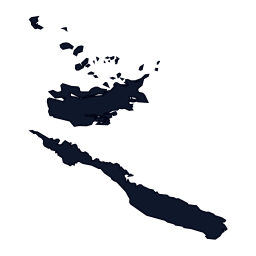 outline of Maluku Tenggara, Maluku, Indonesia, rotated 94°
{"feature_id": "22746128B6545713511337", "entity_name": "Maluku Tenggara", "entity_type": "district", "adm_level": 2, "iso_a3": "IDN", "parent_name": "Indonesia", "parent_adm1": "Maluku", "projection": "mercator", "projection_center": [132.834, -5.655], "detail": "fine", "context": "isolated", "style": "filled", "palette": "ink", "viewbox_px": 256, "rotation_deg": 94, "n_neighbors": 0, "source": "geoboundaries", "source_scale": "gbopen_adm2", "svg_char_len": 5919}
<svg xmlns="http://www.w3.org/2000/svg" viewBox="0 0 256 256"><g transform="rotate(94 128 128)"><path d="M222.6,26.6L223.1,23.7L221.9,22.4L218.1,25.1L216.4,28.0L215.4,28.0L214.6,25.1L213.3,24.4L211.1,28.6L209.6,35.2L208.2,36.7L206.5,41.7L206.8,44.1L205.8,48.4L204.9,50.5L201.0,54.3L200.6,62.5L199.0,64.0L195.2,72.9L195.6,75.3L194.6,77.1L194.3,81.8L192.5,84.4L192.3,91.6L191.8,93.2L190.0,94.6L190.9,96.4L188.2,98.9L187.9,102.2L185.5,108.8L184.1,110.5L183.9,112.4L186.1,115.8L183.4,116.6L182.8,117.6L183.1,121.3L181.7,124.3L181.8,126.3L180.4,127.1L179.0,126.8L176.7,128.7L174.7,128.7L173.6,126.1L174.4,124.4L174.1,123.8L170.4,127.2L170.7,128.9L167.5,132.2L168.4,133.4L165.5,134.4L164.2,136.9L165.6,140.1L163.8,143.6L164.5,144.5L164.0,146.9L164.9,147.4L163.6,149.9L164.2,152.1L163.2,154.7L161.4,155.3L161.0,157.5L163.1,159.8L163.1,161.9L159.7,162.9L158.2,165.3L156.4,166.4L155.0,168.9L156.0,171.2L155.1,173.6L152.5,175.4L152.6,176.8L149.0,178.2L148.1,179.4L149.2,182.7L150.7,183.9L149.6,184.9L149.2,183.9L148.1,184.5L146.6,183.5L147.7,185.2L145.3,189.8L147.6,191.9L149.1,192.0L148.8,192.7L149.9,194.4L149.5,196.5L148.9,197.5L145.4,195.7L144.2,196.7L144.4,198.8L145.5,199.5L145.2,202.5L143.9,202.9L144.6,205.9L138.4,218.3L138.4,220.8L137.3,223.2L137.7,225.1L139.9,221.3L139.6,219.3L142.5,216.2L143.7,213.4L146.4,211.0L149.3,211.2L151.5,210.1L153.5,205.9L153.2,204.1L154.9,202.9L155.4,199.4L156.5,197.8L157.5,198.2L157.4,196.1L159.7,195.8L162.2,191.1L166.4,190.0L167.4,188.5L168.4,185.0L167.9,184.2L169.0,184.1L169.5,183.0L167.9,180.9L168.5,179.2L166.6,179.1L166.2,176.8L165.0,176.5L164.5,174.5L166.3,170.4L167.4,161.6L170.2,154.3L170.1,152.3L174.2,148.3L178.8,140.5L179.7,140.7L181.2,138.5L182.4,135.2L191.2,125.7L198.6,120.9L202.0,120.9L203.5,119.9L213.5,103.3L217.3,84.4L218.8,82.1L220.2,75.1L221.3,74.0L221.9,66.4L223.2,65.2L223.7,58.1L226.5,45.5L229.4,41.8L230.0,41.3L230.7,42.7L232.3,41.1L232.6,33.3L229.2,29.0L225.5,26.9L224.6,25.3L222.6,26.6ZM100.9,120.1L100.9,110.1L94.1,113.9L92.5,115.8L91.9,120.0L89.6,121.2L87.6,120.8L84.2,117.2L77.6,116.0L74.9,111.7L73.3,111.3L74.0,114.5L77.8,117.9L80.0,122.6L80.6,121.1L81.5,123.0L81.6,123.8L80.5,123.1L81.0,128.3L79.8,131.7L80.2,133.5L81.5,133.0L82.8,134.3L84.4,131.7L85.7,134.2L85.7,132.1L86.6,133.5L86.5,135.3L85.3,134.0L85.5,138.7L83.8,142.2L84.0,143.7L86.0,145.1L87.1,144.0L91.9,147.8L92.7,147.3L92.1,148.3L92.6,150.6L97.7,156.0L99.6,168.9L102.6,176.9L101.0,182.4L100.7,187.5L97.3,188.3L96.8,187.0L100.8,177.9L100.7,174.7L98.4,170.3L98.3,166.2L95.6,159.6L95.7,154.5L91.4,152.5L91.1,157.5L89.6,161.2L89.8,163.6L91.8,167.2L95.0,169.5L95.5,177.1L94.7,178.9L91.8,179.5L90.7,180.8L90.7,187.3L88.6,196.1L90.3,197.7L95.3,196.3L97.0,198.0L97.6,201.3L95.9,205.6L97.4,209.1L102.9,202.6L101.9,197.5L102.1,193.4L103.0,194.5L103.8,192.9L106.4,194.3L103.8,208.5L104.9,210.0L107.4,210.1L112.0,208.8L113.7,207.5L117.2,208.2L120.9,206.5L120.8,203.6L122.2,202.5L124.9,186.4L129.8,181.7L129.7,180.7L128.8,177.4L128.4,169.2L126.7,164.7L123.8,163.5L122.8,161.2L120.4,161.8L118.6,164.3L119.3,169.1L118.6,171.6L117.9,171.7L117.0,161.1L117.8,161.3L118.5,163.5L120.0,162.2L117.9,158.6L117.8,156.6L118.6,154.8L118.1,152.0L119.7,148.1L118.2,145.3L114.6,145.5L116.1,153.0L115.5,153.3L114.2,149.4L111.1,144.4L110.6,139.7L108.6,138.1L109.1,135.9L108.4,132.7L110.1,128.2L109.5,124.8L108.0,125.9L106.3,125.2L106.2,126.1L104.3,125.2L104.6,126.8L105.2,126.8L103.4,129.4L100.1,128.3L97.2,129.1L96.3,128.4L96.6,123.5L98.1,120.6L99.6,121.1L99.0,126.2L98.1,126.7L101.2,127.2L101.5,124.6L100.4,121.0L99.9,121.4L100.9,120.1ZM35.2,222.0L33.9,220.4L32.0,224.1L32.5,227.4L31.3,227.2L30.0,228.9L30.0,228.1L27.4,225.5L25.0,226.6L23.4,225.6L24.8,231.9L26.7,233.6L28.8,231.7L31.5,231.2L35.0,227.7L35.0,226.3L34.2,225.9L35.2,222.0ZM53.8,198.4L51.9,191.9L52.8,189.5L50.8,188.6L48.0,193.0L47.6,195.6L48.3,198.8L50.1,201.3L52.2,200.5L53.8,198.4ZM54.7,179.3L49.9,178.8L49.6,180.3L50.7,183.4L54.5,186.7L57.8,187.3L59.2,184.5L56.7,183.8L54.7,179.3ZM123.0,153.0L120.7,148.8L120.8,151.0L119.8,149.8L119.1,150.1L119.6,152.7L119.0,153.0L118.9,156.6L119.7,156.5L119.9,154.7L120.0,159.6L121.0,161.5L123.2,160.2L123.0,153.0ZM71.0,177.5L67.6,180.8L69.0,184.3L71.8,184.4L73.5,183.5L73.5,181.5L71.0,177.5ZM126.0,148.6L124.3,146.7L123.0,147.5L121.5,147.2L120.8,148.1L123.4,148.7L122.5,150.3L123.4,150.6L125.4,155.4L124.0,157.2L126.3,159.4L126.0,148.6ZM62.0,172.8L61.7,174.2L66.6,178.6L69.8,176.8L68.3,176.2L65.9,173.2L62.0,172.8ZM68.9,120.7L69.3,119.4L68.6,118.2L64.5,117.5L66.3,120.0L68.9,120.7ZM114.6,140.4L112.8,141.5L114.1,144.5L115.0,144.8L116.3,143.3L115.6,141.0L114.6,140.4ZM86.3,155.3L88.2,150.4L84.6,152.4L84.5,153.8L86.3,155.3ZM76.8,171.8L76.4,166.5L75.7,166.2L74.9,168.6L76.8,171.8ZM61.3,143.4L59.6,142.2L58.7,143.8L60.0,143.4L61.0,145.0L62.2,145.2L63.4,144.3L65.0,144.8L63.8,143.7L61.3,143.4ZM75.7,139.3L74.6,139.4L74.1,140.6L75.6,142.4L78.1,141.3L75.7,139.3ZM34.8,196.2L32.4,196.8L33.2,199.6L33.6,198.1L34.8,196.2ZM68.1,104.7L68.5,103.0L66.8,102.8L66.7,104.3L68.1,104.7ZM60.6,149.5L59.7,147.6L58.6,148.5L59.2,150.2L60.6,149.5ZM69.8,172.4L68.0,170.7L67.4,171.6L69.0,174.2L69.8,172.4ZM175.0,119.9L174.7,119.4L175.1,120.8L174.1,122.0L175.8,123.6L175.0,119.9ZM79.4,162.4L78.1,163.6L78.5,165.2L79.7,163.9L79.4,162.4ZM60.6,162.4L60.1,163.9L62.4,163.1L62.0,162.7L60.6,162.4ZM79.3,148.2L80.1,146.4L79.3,145.1L78.8,146.8L79.3,148.2ZM62.5,103.2L59.1,101.2L60.6,103.0L62.5,103.2ZM59.6,154.5L59.8,153.5L59.3,152.4L58.8,153.3L59.6,154.5ZM80.3,137.0L79.5,136.2L79.1,138.2L80.3,137.0ZM93.5,152.4L93.4,151.8L93.0,151.4L92.6,152.6L93.5,152.4ZM58.4,148.4L58.3,147.3L58.6,146.6L58.0,147.5L58.4,148.4ZM61.9,151.5L62.7,151.7L62.8,151.3L61.9,151.5ZM180.4,124.0L179.7,124.4L180.2,124.8L180.4,124.0ZM64.7,156.0L64.1,155.7L63.8,156.0L64.7,156.0ZM64.4,166.6L63.3,166.7L64.0,166.9L64.4,166.6ZM30.9,225.8L30.1,225.4L30.9,226.0L30.9,225.8ZM113.1,143.1L113.6,143.4L113.0,142.8L113.1,143.1Z" fill="#0f172a" stroke="#020617" stroke-width="1.5"/></g></svg>